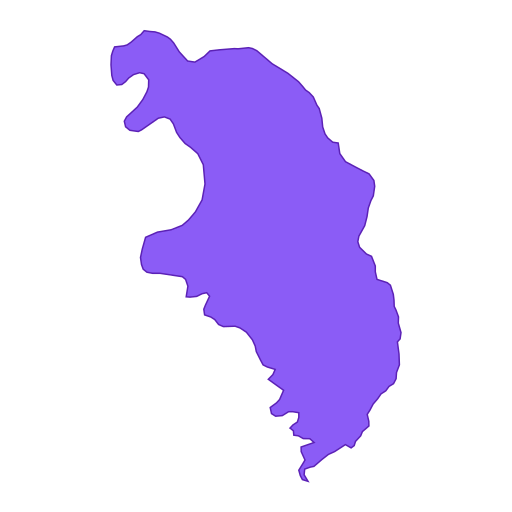 Sertaneja, Paraná, Brazil (Mercator projection)
{"feature_id": "56859067B46291903675", "entity_name": "Sertaneja", "entity_type": "district", "adm_level": 2, "iso_a3": "BRA", "parent_name": "Brazil", "parent_adm1": "Paraná", "projection": "mercator", "projection_center": [-50.886, -22.951], "detail": "fine", "context": "isolated", "style": "filled", "palette": "violet", "viewbox_px": 512, "rotation_deg": 0, "n_neighbors": 0, "source": "geoboundaries", "source_scale": "gbopen_adm2", "svg_char_len": 2521}
<svg xmlns="http://www.w3.org/2000/svg" viewBox="0 0 512 512"><path d="M338.2,143.0L332.7,142.2L327.7,137.9L325.0,133.9L322.7,127.0L321.8,118.1L319.2,108.5L316.9,105.2L313.3,97.0L309.2,92.6L305.5,90.0L302.8,86.6L298.5,81.7L287.9,73.3L272.2,63.8L256.8,50.7L252.4,48.5L248.6,47.7L238.0,48.8L234.4,48.6L219.6,49.8L210.0,50.9L204.2,56.5L194.9,62.1L187.6,61.0L179.3,51.9L173.7,43.0L170.4,39.2L167.4,37.0L159.4,33.2L155.0,31.9L150.0,31.5L144.2,30.7L140.8,34.6L137.3,36.7L131.2,42.1L127.2,44.9L123.7,45.9L114.6,46.9L112.8,51.1L111.4,55.7L111.0,64.8L111.8,75.4L113.1,80.4L116.8,85.0L121.8,84.5L125.6,81.6L128.7,78.0L133.5,74.6L139.6,72.7L144.1,73.7L148.7,79.8L148.5,87.1L146.9,91.8L142.9,99.4L137.3,107.1L126.6,116.9L124.3,121.2L125.6,126.8L129.9,130.3L138.3,131.5L141.5,129.9L158.3,118.2L164.4,116.9L170.1,119.1L173.4,123.9L176.6,132.4L179.9,137.5L185.1,143.5L190.4,147.2L197.8,153.7L203.3,164.7L205.0,184.0L202.1,199.9L195.4,211.9L188.5,220.0L182.2,225.4L171.0,229.8L157.5,232.1L145.6,237.3L142.3,249.0L140.5,257.5L141.5,264.5L143.2,269.2L146.9,272.2L152.5,273.3L160.0,273.3L182.4,276.7L185.6,279.4L187.9,286.2L186.2,296.8L190.0,297.1L196.7,296.4L202.1,293.7L206.7,292.7L209.6,296.2L205.5,305.0L203.8,309.2L204.6,314.9L210.8,317.0L214.8,319.6L218.6,324.5L223.4,326.6L235.1,326.2L239.9,327.9L246.4,332.2L252.4,339.8L255.2,346.0L256.3,351.6L260.6,360.2L263.1,364.9L267.3,367.0L275.2,369.4L272.9,374.6L268.3,379.3L283.6,390.3L279.6,399.5L276.5,402.9L270.2,407.5L271.5,413.6L275.6,416.2L282.3,415.6L288.6,411.7L292.8,411.7L298.8,412.7L298.8,417.4L297.4,422.0L293.0,424.9L290.0,428.1L293.4,430.8L293.8,435.2L298.4,435.8L303.3,438.6L309.8,438.7L314.1,442.5L301.1,447.0L301.2,451.6L305.0,460.0L302.9,463.6L298.8,470.2L300.3,475.6L302.4,479.6L308.0,481.3L304.1,474.8L304.7,469.1L310.3,467.1L313.9,466.4L321.9,459.5L328.4,454.4L334.6,451.6L339.4,448.5L345.4,444.6L351.1,447.9L354.2,445.6L355.5,441.4L360.7,435.8L362.4,431.6L368.9,426.0L368.8,421.3L367.2,414.4L369.9,410.2L373.1,404.1L377.7,398.7L381.0,393.9L385.8,390.8L389.0,386.4L393.5,383.7L396.1,378.7L396.5,372.5L399.4,364.8L399.0,354.0L397.4,341.9L400.1,338.9L401.0,332.6L398.3,323.1L398.5,316.9L396.0,310.1L394.2,306.4L394.0,300.2L393.3,294.3L390.4,285.2L387.3,282.7L377.0,279.4L375.3,271.8L375.3,266.0L371.5,256.3L366.4,254.0L359.6,247.3L357.8,241.7L358.9,236.1L364.7,225.7L367.0,216.7L368.3,208.0L370.9,200.6L373.3,195.9L374.7,186.3L373.9,180.5L369.1,173.9L362.9,170.9L355.8,167.2L345.5,161.7L339.8,153.6L338.2,143.0Z" fill="#8b5cf6" stroke="#5b21b6" stroke-width="1.5"/></svg>